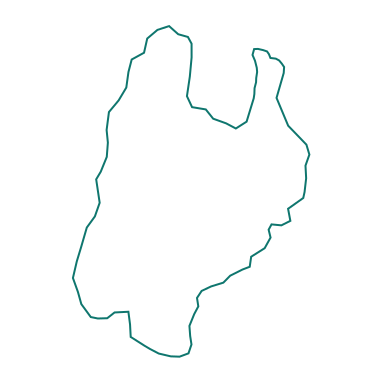 Margi, Nicosia, Cyprus, rotated 2°
{"feature_id": "46923920B34513672792511", "entity_name": "Margi", "entity_type": "district", "adm_level": 2, "iso_a3": "CYP", "parent_name": "Cyprus", "parent_adm1": "Nicosia", "projection": "equal_earth", "projection_center": [33.327, 35.024], "detail": "fine", "context": "isolated", "style": "outline", "palette": "teal", "viewbox_px": 384, "rotation_deg": 2, "n_neighbors": 0, "source": "geoboundaries", "source_scale": "gbopen_adm2", "svg_char_len": 1272}
<svg xmlns="http://www.w3.org/2000/svg" viewBox="0 0 384 384"><g transform="rotate(2 192 192)"><path d="M279.5,69.9L279.7,63.9L277.2,60.5L274.5,57.5L271.1,55.8L265.7,55.3L264.1,51.6L262.1,48.9L258.1,47.7L252.9,46.7L249.1,47.0L247.7,52.9L250.4,58.7L252.4,65.6L252.9,69.8L252.2,75.9L252.2,80.1L250.9,86.0L250.9,91.9L250.4,96.3L244.1,119.8L233.6,127.0L223.7,122.2L210.6,118.0L202.9,109.0L189.1,107.2L183.6,96.4L185.8,76.7L186.9,57.5L186.4,43.8L182.5,37.2L172.7,34.8L163.3,27.0L151.8,31.2L141.9,40.2L139.2,54.5L127.1,61.7L124.3,74.3L122.7,89.9L115.5,103.0L106.2,115.0L104.5,133.0L106.2,145.6L105.6,159.9L100.1,174.9L95.8,182.7L100.1,206.0L95.8,219.8L88.1,231.2L83.1,251.0L79.3,265.3L76.0,282.1L81.5,295.9L85.3,307.9L95.2,320.5L102.3,321.7L111.7,321.1L118.8,315.1L132.6,313.9L134.7,326.5L135.8,339.0L150.1,347.4L155.6,350.4L164.4,354.6L176.5,357.0L185.3,357.0L194.1,353.4L196.8,344.4L195.2,336.0L194.1,325.9L198.5,313.9L202.3,306.1L200.7,297.7L205.1,290.5L214.4,285.7L226.5,281.5L233.1,274.3L245.2,267.7L252.3,264.7L253.4,254.6L266.6,245.6L272.1,234.8L269.9,227.0L272.6,221.6L282.5,222.2L291.3,217.4L288.6,205.4L303.4,194.1L304.5,188.1L305.6,174.3L304.5,161.7L308.0,150.5L304.7,140.7L285.8,122.4L273.2,95.0L279.5,69.9Z" fill="none" stroke="#0f766e" stroke-width="2"/></g></svg>